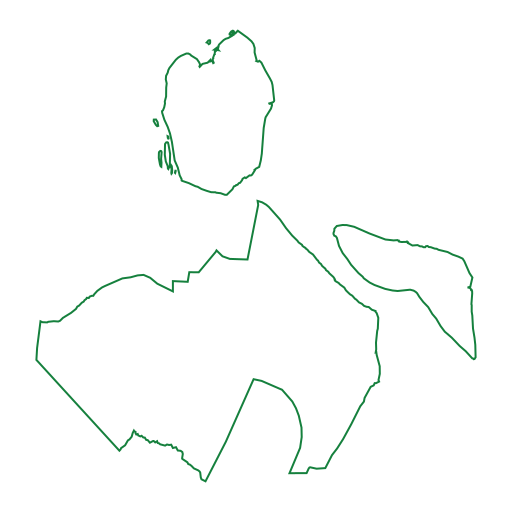 outline of Bengkalis, Riau, Indonesia
{"feature_id": "22746128B45456061674897", "entity_name": "Bengkalis", "entity_type": "district", "adm_level": 2, "iso_a3": "IDN", "parent_name": "Indonesia", "parent_adm1": "Riau", "projection": "equal_earth", "projection_center": [102.003, 1.525], "detail": "fine", "context": "isolated", "style": "outline", "palette": "green", "viewbox_px": 512, "rotation_deg": 0, "n_neighbors": 0, "source": "geoboundaries", "source_scale": "gbopen_adm2", "svg_char_len": 6007}
<svg xmlns="http://www.w3.org/2000/svg" viewBox="0 0 512 512"><path d="M379.1,381.6L378.5,380.0L379.8,373.9L379.7,366.2L376.7,355.0L376.3,352.2L375.7,352.4L376.2,349.4L376.0,342.6L377.2,330.9L377.8,328.7L378.3,317.8L376.7,313.2L375.4,311.5L375.5,311.0L371.8,309.7L368.7,307.0L366.6,306.8L364.1,305.9L361.9,303.8L359.0,302.4L356.3,299.6L355.0,298.8L352.3,295.7L350.0,294.3L347.7,292.1L345.9,290.3L344.3,287.6L339.8,284.3L338.7,283.0L335.4,281.1L334.7,280.0L335.0,279.8L334.5,278.6L333.3,276.9L329.3,273.3L328.3,271.8L326.0,270.1L325.4,268.8L322.1,265.9L321.0,264.0L319.1,262.6L318.0,260.6L317.0,259.8L313.0,254.5L309.2,251.9L307.4,249.7L305.6,248.4L305.5,247.9L303.6,246.8L302.3,245.7L302.0,244.8L298.6,242.4L297.4,240.7L292.2,235.6L286.0,228.1L280.1,219.6L268.8,206.9L266.2,204.7L262.1,202.3L257.6,200.9L258.2,205.0L247.5,259.5L229.8,258.9L222.5,256.3L216.5,250.4L215.7,251.9L198.7,272.3L189.3,272.2L187.7,281.8L172.9,281.1L172.9,291.4L157.3,283.7L150.2,277.8L143.6,274.9L137.6,275.4L130.6,277.3L122.4,278.4L105.0,286.0L102.1,287.4L97.3,290.9L94.2,294.3L93.3,295.8L91.8,295.8L89.7,296.6L88.8,298.0L86.8,297.8L86.1,299.1L84.5,300.2L83.7,301.6L81.8,302.7L79.1,305.6L77.3,306.6L76.0,308.9L71.0,312.9L63.0,317.8L60.0,320.8L58.3,321.5L53.8,321.2L48.2,321.8L47.2,322.4L42.4,322.2L40.5,321.3L37.1,348.0L36.4,359.9L119.4,450.7L120.5,449.5L121.1,448.1L125.1,445.3L127.9,440.4L129.5,439.4L131.7,436.7L132.7,433.0L133.9,430.6L134.4,431.4L135.5,431.8L135.6,433.4L136.3,434.5L137.7,434.0L138.2,435.4L140.3,436.4L141.6,435.8L143.3,437.5L144.8,437.6L146.2,439.9L147.7,440.1L149.9,442.7L153.1,441.0L153.7,441.0L155.2,442.4L157.1,441.2L157.7,443.0L159.0,443.3L160.1,444.3L165.1,445.6L167.0,444.5L169.1,445.0L171.2,444.7L172.9,448.0L176.0,447.2L177.8,450.5L180.6,450.8L182.3,452.0L182.8,454.0L182.1,458.3L182.3,458.9L187.4,462.3L188.3,464.1L189.7,464.5L191.5,465.9L193.9,468.4L198.3,470.4L199.6,471.5L200.2,472.5L200.8,477.5L201.5,479.3L205.5,481.3L225.8,441.8L253.6,379.2L261.6,380.9L282.1,389.8L292.3,401.5L296.0,408.3L298.8,415.7L301.5,427.6L301.7,437.1L300.1,447.9L289.5,473.2L306.6,473.1L308.7,468.5L309.5,467.5L310.2,467.3L316.6,468.7L325.3,468.1L332.0,455.1L337.1,448.5L343.1,439.1L351.2,424.3L360.3,406.2L363.9,401.6L364.6,397.9L370.7,386.8L373.7,385.4L374.7,383.1L376.1,383.1L379.1,381.6ZM237.9,30.8L237.5,31.4L237.0,31.4L235.4,33.4L234.5,33.7L232.1,35.8L228.3,38.0L225.7,38.8L223.6,40.1L219.3,44.3L218.5,45.6L218.6,46.3L217.8,49.4L218.5,50.2L217.1,49.9L215.0,51.8L214.6,53.7L214.8,54.2L214.2,54.7L213.1,57.8L213.3,58.3L212.5,59.8L213.7,62.8L213.2,63.1L212.4,61.3L211.7,60.8L210.4,61.4L210.3,60.0L207.6,62.7L202.5,63.9L199.7,66.9L199.4,66.4L200.0,65.2L199.9,64.1L199.1,62.3L196.9,59.1L191.1,55.5L190.4,54.6L188.3,53.5L186.4,53.5L180.9,55.9L178.2,57.6L175.8,59.8L169.4,68.0L168.3,70.2L167.7,72.7L166.1,75.8L165.8,79.4L166.7,83.4L166.2,87.6L166.1,96.5L164.8,101.5L165.0,103.5L164.2,107.3L163.0,110.3L162.0,111.2L162.2,112.9L164.4,119.8L167.7,126.9L170.0,133.5L171.9,141.9L174.7,160.5L177.8,167.6L179.7,175.4L181.6,179.2L181.6,180.5L182.0,180.8L188.8,183.1L195.4,186.2L197.7,186.8L201.5,189.0L206.6,190.8L211.2,192.2L215.5,192.3L216.2,192.7L220.6,193.2L225.0,194.8L226.8,194.8L232.4,189.3L233.9,186.4L235.6,185.8L236.2,185.0L237.5,184.8L238.8,183.2L240.1,182.8L242.0,180.3L242.6,178.8L244.8,177.4L245.9,178.1L249.5,175.4L250.9,175.5L252.1,174.7L254.5,170.9L254.5,170.0L255.0,170.0L255.5,168.9L259.2,166.9L260.8,160.4L261.8,153.7L263.7,128.0L265.2,119.0L265.6,117.3L271.0,108.6L272.0,105.3L271.8,103.7L269.5,103.8L269.3,103.4L273.1,102.2L274.0,101.2L274.2,100.4L272.5,85.1L271.7,81.9L269.9,78.4L265.3,70.4L261.4,62.6L259.4,60.8L258.0,61.7L256.3,61.0L256.7,60.5L254.6,52.5L254.7,48.0L253.4,43.9L251.5,41.3L247.3,37.6L237.9,30.8ZM342.5,225.0L336.8,226.0L334.4,228.7L334.3,230.7L333.5,233.0L333.5,234.0L334.3,235.7L335.8,236.3L336.9,237.9L339.0,245.9L342.7,253.1L347.3,259.0L351.1,264.8L358.5,273.1L362.7,276.7L363.8,278.3L369.6,282.5L374.5,285.0L385.2,288.9L392.6,290.5L397.7,291.0L410.1,289.7L413.6,290.6L415.7,291.9L417.1,293.2L419.3,296.8L423.2,301.9L428.2,307.1L432.3,314.0L436.2,318.6L440.6,326.1L444.8,331.7L451.8,337.7L459.7,346.0L465.7,351.2L472.2,358.3L473.1,358.5L473.7,359.2L474.5,359.0L475.6,357.3L475.3,344.9L474.5,337.7L473.0,328.5L472.3,315.5L471.7,311.7L471.7,305.0L471.4,304.3L472.2,293.5L472.1,291.1L471.7,290.0L471.1,290.1L470.8,288.9L469.6,287.8L467.6,287.5L470.3,286.7L472.4,277.5L469.5,273.1L464.3,261.2L462.6,258.6L458.3,256.6L452.6,254.6L447.6,252.0L438.5,249.8L436.7,248.8L434.7,248.6L430.8,247.2L428.8,247.0L427.6,246.0L426.0,246.2L425.2,247.2L423.5,247.2L422.0,246.4L420.0,246.3L417.6,245.1L412.4,245.5L408.6,243.4L408.2,242.5L407.6,242.8L406.9,241.5L406.0,241.9L401.5,242.0L399.2,241.6L399.0,241.0L398.7,241.2L397.7,240.1L393.6,240.4L385.4,239.5L369.5,233.5L354.2,226.8L346.8,225.1L342.5,225.0ZM168.7,167.7L169.2,167.5L169.8,165.6L170.1,153.9L168.6,145.1L168.0,142.6L167.2,142.2L166.2,142.4L165.1,143.9L165.0,144.8L164.8,154.8L165.8,161.4L167.7,166.1L167.9,168.6L168.3,169.0L168.7,167.7ZM161.3,166.8L161.5,162.7L161.1,158.8L161.6,152.1L161.2,151.1L160.3,150.9L159.1,152.0L158.9,152.9L158.8,158.0L160.0,164.5L160.7,166.4L161.3,166.8ZM156.0,119.5L153.8,119.6L153.7,121.2L155.8,124.8L157.2,126.2L158.2,125.9L157.6,122.1L156.0,119.5ZM210.2,42.3L210.1,40.4L209.4,40.2L208.4,40.5L206.7,42.5L207.6,42.8L208.8,44.2L209.9,43.5L210.2,42.3ZM232.1,34.5L232.5,32.7L232.8,32.1L233.4,31.6L233.9,31.6L233.5,30.9L232.7,30.7L231.2,31.5L229.6,33.7L229.6,34.4L231.1,34.8L232.1,34.5ZM171.9,173.2L172.2,170.3L171.8,166.2L171.2,165.3L170.9,166.0L171.6,169.2L171.3,173.0L171.5,173.7L171.9,173.2ZM232.2,34.5L233.0,34.5L234.1,33.5L234.4,32.5L234.0,31.8L232.7,32.3L232.2,34.5ZM168.7,139.3L168.2,136.5L167.6,136.2L167.8,137.9L168.7,139.3ZM214.6,51.6L216.9,49.2L216.9,48.6L215.1,50.0L214.6,51.6ZM175.2,173.0L175.7,171.1L175.6,169.9L174.9,172.7L175.2,173.0ZM215.3,49.5L216.1,48.9L216.2,48.2L214.5,49.5L215.3,49.5ZM230.1,36.7L230.9,36.5L232.0,35.8L230.7,35.7L230.1,36.7Z" fill="none" stroke="#15803d" stroke-width="2"/></svg>